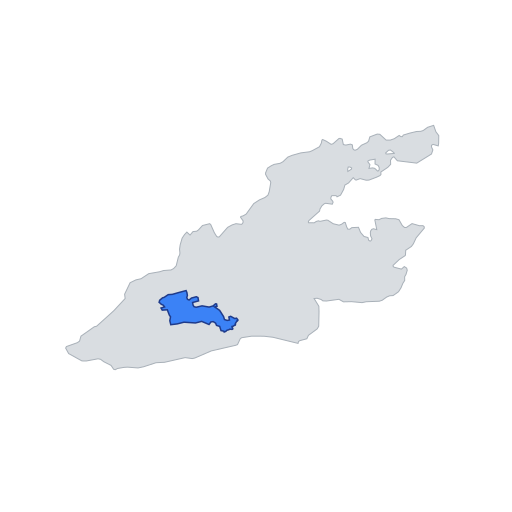 Tong, Ysyk-Köl, Kyrgyzstan (highlighted), rotated 165°
{"feature_id": "92254566B55303155079831", "entity_name": "Tong", "entity_type": "district", "adm_level": 2, "iso_a3": "KGZ", "parent_name": "Kyrgyzstan", "parent_adm1": "Ysyk-Köl", "projection": "natural_earth1", "projection_center": [76.22, 42.065], "detail": "fine", "context": "in_parent", "style": "filled", "palette": "blue", "viewbox_px": 512, "rotation_deg": 165, "n_neighbors": 0, "source": "geoboundaries", "source_scale": "gbopen_adm2", "svg_char_len": 5158}
<svg xmlns="http://www.w3.org/2000/svg" viewBox="0 0 512 512"><g transform="rotate(165 256 256)"><path d="M114.2,302.4L115.4,301.6L119.3,300.9L127.3,300.1L130.0,300.7L135.4,303.8L139.5,303.4L140.3,303.8L141.8,306.5L147.7,302.6L151.8,301.5L154.1,297.6L158.6,292.9L162.4,292.2L162.5,292.9L163.2,293.6L167.1,294.7L168.3,293.5L169.0,291.8L167.7,289.1L167.6,288.0L168.9,286.3L175.1,288.9L176.5,288.8L179.4,287.4L182.0,284.9L183.0,282.9L195.8,276.5L196.7,275.3L196.6,274.5L191.2,273.0L188.8,273.8L186.6,273.8L185.2,272.9L178.7,272.5L177.3,271.9L173.1,267.2L167.8,264.3L165.2,264.5L162.1,265.7L161.1,265.2L160.9,260.8L160.4,258.2L158.5,257.6L156.1,258.6L149.6,257.2L148.9,251.7L146.6,246.9L143.1,244.9L143.1,242.0L141.9,240.8L140.8,241.1L139.5,242.6L140.1,245.8L139.5,249.0L138.7,250.6L137.2,251.8L135.5,251.9L132.5,250.2L131.9,260.0L131.3,260.5L127.8,259.2L124.9,259.8L120.7,259.2L117.6,257.6L111.4,255.8L108.5,254.0L106.8,247.5L105.1,245.1L103.5,244.6L96.9,246.9L90.2,242.9L86.9,242.1L86.0,240.9L86.2,239.4L96.6,232.1L100.8,227.1L103.4,225.0L109.9,222.8L111.4,218.2L112.0,217.7L118.6,215.5L126.0,211.5L126.2,210.4L125.5,209.4L118.9,205.7L115.5,207.4L113.6,205.3L113.6,203.1L115.9,199.4L117.8,197.5L118.7,193.9L121.3,191.5L124.2,187.7L127.6,184.6L133.8,182.3L137.2,183.0L140.5,182.5L145.5,180.6L148.6,180.4L161.4,183.3L165.6,183.5L175.6,187.2L183.4,189.1L187.1,192.7L199.7,194.3L203.1,195.4L204.3,197.1L207.9,199.4L210.9,199.9L208.3,191.2L209.5,186.0L213.6,171.9L215.7,169.8L225.9,165.8L228.3,162.9L235.6,162.9L237.1,162.4L238.0,160.7L260.6,173.1L269.2,176.5L281.0,179.7L291.1,180.8L292.8,180.0L296.8,175.2L298.7,175.0L323.7,175.9L341.5,173.3L344.1,173.4L350.8,176.2L371.9,177.0L380.2,178.8L393.3,178.1L398.9,178.4L408.9,181.9L412.4,182.6L418.9,183.2L421.4,182.6L422.8,183.4L424.3,187.8L430.5,193.4L432.8,196.4L435.2,197.6L446.9,198.5L451.3,199.7L462.2,210.2L463.7,216.3L462.6,217.6L451.1,218.5L448.5,219.4L445.8,223.9L430.5,229.5L428.2,229.4L407.6,239.9L393.4,248.8L392.8,253.1L384.5,262.8L378.2,264.0L372.9,263.8L364.2,266.7L352.9,265.7L349.1,265.9L341.7,264.5L338.8,265.2L335.6,267.2L331.3,275.0L329.5,276.8L328.7,278.6L328.1,282.3L326.4,286.3L322.7,292.4L319.5,295.2L316.6,297.0L314.3,293.3L310.5,295.9L306.9,295.3L304.8,296.1L299.8,299.3L292.4,299.2L291.6,298.1L290.2,289.2L288.9,285.0L287.8,284.1L286.5,284.0L276.0,291.0L271.1,292.2L267.0,292.4L261.8,290.3L260.6,290.9L259.7,292.0L259.4,293.4L260.9,297.4L260.4,298.1L258.1,298.1L254.7,299.0L244.6,307.2L238.2,309.3L232.2,310.2L228.7,311.7L226.6,314.7L222.7,323.2L222.8,324.9L224.4,327.2L225.6,332.3L225.3,333.7L222.1,337.9L218.0,339.2L214.8,339.8L208.7,339.3L205.5,340.1L199.7,343.3L195.0,343.9L186.0,344.0L177.2,342.8L174.3,343.2L166.4,345.1L163.7,348.1L162.3,350.9L161.5,351.3L158.4,348.7L154.5,344.4L152.5,344.5L145.5,348.0L144.4,347.9L142.5,346.6L142.8,341.0L140.5,339.9L135.8,339.6L134.2,338.4L134.7,334.8L134.2,333.5L133.0,332.5L130.5,332.8L125.5,335.7L119.6,336.7L117.6,337.7L115.2,341.6L107.4,342.4L104.9,341.5L100.3,334.3L96.3,333.2L92.1,333.5L86.5,335.4L85.2,333.8L83.8,333.4L82.4,334.7L75.6,334.9L68.6,334.7L64.7,333.8L62.1,333.9L56.9,335.9L50.6,336.2L50.1,329.5L48.3,325.0L50.4,317.6L51.5,315.2L56.1,318.0L57.8,317.5L58.3,316.0L57.7,312.7L60.1,309.1L76.7,304.1L94.8,311.4L97.1,316.1L98.7,315.9L101.3,313.7L102.2,309.7L105.8,307.5L113.7,304.8L114.2,302.4ZM123.2,318.8L123.6,318.1L122.3,314.7L124.2,311.4L120.5,310.9L118.6,309.9L116.6,306.6L115.9,306.5L114.7,307.4L114.1,309.5L114.6,311.9L117.2,314.1L115.9,318.7L121.3,319.2L123.2,318.8ZM104.1,322.0L104.0,321.0L102.7,320.5L95.9,319.3L96.1,320.2L98.7,323.6L100.7,323.8L104.1,322.0ZM145.0,316.1L145.4,313.9L141.3,315.2L140.8,316.3L142.2,317.6L143.9,318.1L145.0,316.1Z" fill="#d9dde1" stroke="#a8b0b8" stroke-width="1"/><path d="M299.9,192.0L298.7,191.5L298.3,191.4L297.8,191.3L297.5,191.4L297.3,191.6L297.2,191.8L297.2,192.4L297.4,192.7L297.5,193.0L297.5,193.5L297.5,193.8L297.5,194.1L297.4,194.2L296.7,194.1L296.2,194.1L295.9,194.2L295.5,194.4L294.9,194.5L294.2,194.5L293.8,194.7L293.6,195.0L293.8,195.4L293.8,195.6L293.3,196.0L293.2,196.1L293.1,196.5L292.8,196.8L291.8,197.6L291.5,197.9L291.3,198.2L291.1,198.1L290.9,198.0L290.6,198.2L290.5,198.3L290.4,198.7L290.2,198.7L290.0,198.8L290.2,199.5L290.9,201.0L292.7,201.1L296.1,204.3L298.0,204.1L298.2,201.0L300.5,201.2L302.9,202.8L303.0,205.9L305.2,212.9L309.1,217.5L306.7,217.5L306.5,219.9L307.5,220.3L310.4,218.9L314.5,218.8L321.0,221.8L327.1,222.0L329.0,223.1L329.5,224.9L329.3,227.5L323.1,227.5L322.8,230.9L324.2,232.1L329.2,232.1L332.0,230.8L333.4,231.9L333.6,233.9L332.5,235.6L332.2,238.7L332.5,240.7L340.4,240.7L346.8,240.6L350.8,241.4L355.5,239.8L357.1,239.8L360.5,238.2L361.6,236.3L361.1,235.7L360.0,233.9L358.3,232.5L357.5,230.5L361.2,230.3L360.6,228.0L355.6,227.0L355.0,221.3L354.3,219.4L356.0,215.8L356.1,211.7L349.6,210.8L342.7,210.7L331.8,207.0L325.4,206.9L319.1,202.0L316.6,204.0L314.3,203.7L312.4,201.6L312.1,199.2L309.3,197.4L309.1,193.0L306.5,191.7L306.4,190.8L306.1,190.9L305.5,190.9L305.1,190.9L304.8,191.0L304.5,191.1L303.5,191.7L303.3,191.8L303.0,191.8L301.4,191.8L301.2,191.8L300.8,192.0L300.4,192.1L299.9,192.0Z" fill="#3b82f6" stroke="#1e3a8a" stroke-width="1.5"/></g></svg>